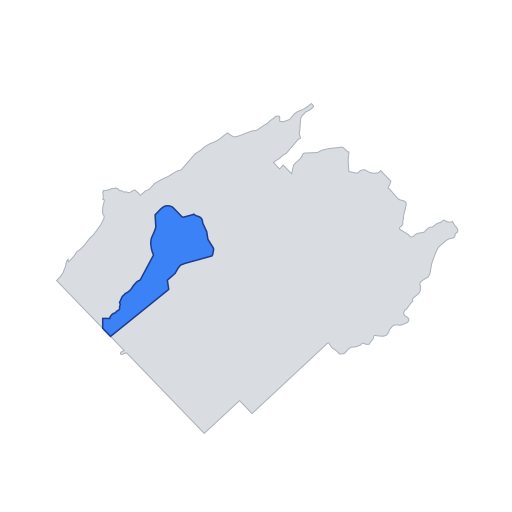 location of River Nile within Sudan, rotated 226°
{"feature_id": "SDN-877", "entity_name": "River Nile", "entity_type": "State", "adm_level": 1, "iso_a3": "SDN", "parent_name": "Sudan", "parent_adm1": "", "projection": "equal_earth", "projection_center": [33.548, 18.954], "detail": "fine", "context": "in_parent", "style": "filled", "palette": "blue", "viewbox_px": 512, "rotation_deg": 226, "n_neighbors": 0, "source": "natural_earth", "source_scale": "10m", "svg_char_len": 5423}
<svg xmlns="http://www.w3.org/2000/svg" viewBox="0 0 512 512"><g transform="rotate(226 256 256)"><path d="M327.2,401.7L323.8,401.7L323.4,400.6L323.5,397.6L323.9,395.3L325.1,391.8L324.8,389.8L325.0,387.0L324.1,383.9L315.9,374.7L314.2,372.2L309.8,369.9L310.6,367.3L308.8,348.7L309.7,346.5L309.9,343.2L309.9,340.4L311.0,335.6L311.1,333.6L302.4,333.4L302.2,335.5L302.6,337.8L302.6,338.7L290.4,338.8L295.3,346.1L295.5,349.3L295.3,353.3L295.3,355.9L295.6,357.5L296.9,360.8L296.8,361.4L296.5,362.2L287.8,372.0L286.4,376.5L285.2,378.9L282.7,382.9L274.8,393.3L273.5,394.0L267.4,394.4L266.9,394.6L266.4,395.1L266.1,395.0L261.0,388.9L252.3,381.5L246.6,385.3L245.0,386.7L245.0,390.3L244.1,392.1L242.6,394.1L238.3,395.3L236.1,396.4L233.5,398.4L230.9,401.7L230.7,403.5L230.9,405.0L216.3,405.0L215.3,403.7L213.2,398.2L211.8,398.6L198.4,397.9L196.5,398.5L192.7,400.8L190.7,401.1L188.8,400.1L181.8,389.2L180.3,387.9L178.8,385.3L177.3,384.2L176.8,383.3L176.6,382.2L176.7,379.8L176.2,378.3L175.1,378.0L165.7,380.5L164.3,380.2L162.3,380.6L161.6,381.1L160.8,382.5L160.7,385.5L160.4,387.0L159.7,388.6L157.0,392.3L156.3,393.9L156.4,398.0L156.2,400.1L155.8,401.0L154.6,402.6L154.2,403.5L153.7,408.7L152.2,411.8L151.8,413.0L151.7,415.2L151.5,415.9L147.2,417.7L145.6,418.9L144.6,420.7L144.4,421.4L142.5,420.8L140.2,420.3L135.8,419.8L134.0,418.9L133.2,417.7L133.5,414.5L133.0,413.9L132.3,413.3L131.8,411.9L132.0,410.3L134.3,406.6L134.9,404.7L135.6,395.5L135.4,392.7L133.6,387.6L129.4,378.8L128.4,377.0L123.1,369.8L122.5,368.7L121.3,365.6L122.8,358.9L122.9,357.0L122.6,355.1L121.2,353.7L120.0,353.5L118.5,351.7L117.5,350.9L116.6,349.3L116.0,347.1L116.5,339.2L116.2,338.1L114.9,337.8L114.6,337.3L114.6,335.8L114.0,331.3L113.2,327.5L113.7,325.5L112.6,322.7L110.4,321.5L106.1,322.4L104.8,322.2L103.9,321.7L103.3,320.7L103.0,319.5L103.3,317.6L104.6,314.3L106.1,311.5L109.2,309.0L110.1,307.7L110.6,306.2L110.7,304.5L110.5,302.7L110.2,301.1L109.3,298.9L108.5,296.3L108.5,294.6L109.0,293.4L109.8,291.9L112.9,289.0L116.0,286.6L116.6,285.7L116.4,284.7L115.0,282.7L114.6,278.9L113.9,276.2L115.5,274.2L116.7,273.5L118.5,272.8L119.2,272.0L119.5,270.4L119.4,268.8L120.1,267.7L121.0,265.2L121.8,264.1L124.2,261.2L124.7,259.4L124.9,257.6L124.4,252.1L125.8,249.9L127.6,248.0L130.1,248.1L134.0,247.7L136.7,246.9L138.6,247.0L142.9,248.0L143.3,247.5L143.6,246.1L145.4,143.7L163.2,143.7L163.4,143.5L164.4,95.5L275.7,95.6L276.6,95.4L278.4,90.9L279.1,90.6L280.3,90.9L280.7,91.9L279.7,95.5L376.9,95.5L377.1,101.0L378.0,105.4L380.8,111.6L383.1,115.0L384.0,116.8L384.1,117.7L384.0,118.5L383.3,117.6L382.1,117.0L381.9,119.9L382.5,125.9L383.5,130.1L382.9,134.0L383.0,140.6L384.3,148.6L384.1,153.7L386.2,165.5L388.3,172.1L389.4,173.7L390.6,174.6L393.0,175.1L396.5,178.5L399.2,182.0L400.2,183.9L401.6,185.9L402.5,185.6L403.0,185.0L404.0,186.7L408.4,190.2L409.0,191.9L407.5,193.5L405.7,196.3L404.8,198.9L404.3,199.7L402.9,201.3L402.7,202.1L402.1,202.6L401.4,202.6L399.9,203.5L398.5,203.2L397.2,203.7L396.7,204.3L395.6,204.9L394.2,205.2L391.9,207.4L389.9,208.4L389.3,209.3L388.3,213.7L387.5,214.8L384.6,214.9L383.1,215.3L381.2,214.8L380.2,214.9L380.0,215.8L379.7,219.6L379.7,221.2L378.1,225.5L378.6,233.5L377.1,239.5L376.8,240.9L375.2,245.6L374.4,247.4L372.4,256.3L371.6,259.1L369.9,262.0L371.8,283.4L370.4,290.0L370.4,293.6L369.4,298.9L368.6,301.4L367.3,304.3L366.2,307.6L365.3,312.0L364.6,320.3L364.3,321.0L359.1,322.1L357.4,322.7L356.3,323.6L355.0,325.7L352.3,331.5L350.9,335.1L348.7,340.0L346.2,343.5L345.6,345.2L345.2,348.3L344.3,353.3L343.4,356.8L343.6,359.6L342.8,364.6L342.9,367.0L342.0,368.3L340.8,369.6L339.9,369.9L336.3,366.6L333.7,368.9L332.1,372.1L330.9,375.3L331.6,382.1L331.5,383.6L331.2,385.3L328.7,392.0L328.0,395.0L327.3,400.4L327.2,401.7Z" fill="#d9dde1" stroke="#a8b0b8" stroke-width="1"/><path d="M299.2,95.5L299.6,95.5L301.4,95.5L303.2,95.5L305.1,95.5L306.9,95.5L308.7,95.5L310.5,95.5L317.6,102.4L312.6,107.5L312.8,108.0L313.1,108.4L313.4,108.6L313.5,108.8L313.6,109.0L313.7,109.5L313.8,109.7L313.8,110.8L313.9,111.4L314.0,111.8L314.0,112.1L313.9,112.5L313.8,113.3L313.8,113.5L313.6,113.8L313.5,114.0L313.0,114.9L312.9,115.1L312.9,115.3L313.0,117.0L313.0,117.8L312.9,118.3L312.5,119.5L312.5,119.8L312.5,120.3L312.5,120.5L312.6,120.8L312.8,121.3L313.0,121.5L314.0,122.3L314.2,122.5L315.3,124.4L315.4,124.6L315.7,124.9L315.9,125.0L316.1,125.1L316.3,125.2L317.1,125.4L317.3,125.5L317.5,125.8L317.9,127.1L318.2,128.0L318.3,128.1L318.5,128.4L318.6,128.6L318.9,129.5L319.1,129.9L319.5,130.8L319.7,131.6L319.8,132.1L319.8,132.3L319.8,132.5L319.7,133.6L319.7,135.0L319.8,135.4L319.9,135.7L319.9,135.8L319.6,136.5L319.2,137.9L318.9,140.4L318.9,142.3L319.0,143.6L319.9,147.3L320.2,151.3L320.2,152.4L320.1,153.0L319.9,154.1L319.3,155.8L319.2,156.1L319.3,156.4L327.8,182.7L328.0,183.0L330.9,184.2L334.2,186.0L338.4,189.2L340.6,191.8L341.3,192.8L341.6,193.4L344.0,199.3L345.7,202.9L346.1,203.4L346.7,204.3L355.7,212.0L356.0,219.9L355.8,222.8L355.1,225.3L353.9,226.9L352.8,228.0L351.2,229.1L349.9,229.7L348.4,230.0L336.1,230.0L335.1,230.1L334.5,230.5L330.0,238.6L329.3,240.3L326.6,240.8L325.9,241.3L323.6,242.5L322.3,242.8L321.1,242.8L320.4,242.7L318.8,242.1L316.6,240.5L307.6,237.4L301.9,233.3L301.0,232.9L291.5,230.9L290.5,230.4L289.7,229.5L287.3,226.1L287.0,225.5L286.7,224.3L299.9,200.0L301.9,195.3L301.5,193.3L301.6,192.2L299.7,185.7L300.2,175.6L300.1,175.4L292.7,170.1L292.6,169.8L292.6,169.7L299.2,95.5Z" fill="#3b82f6" stroke="#1e3a8a" stroke-width="1.5"/></g></svg>